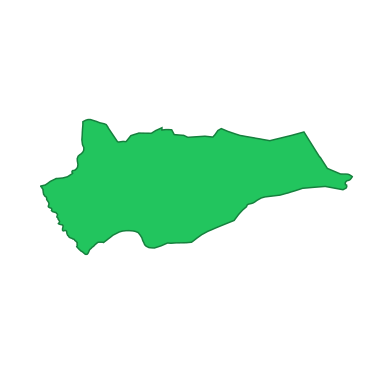 As Salafiyyah, Raymah, Yemen, rotated 113°
{"feature_id": "15242507B36893334490361", "entity_name": "As Salafiyyah", "entity_type": "district", "adm_level": 2, "iso_a3": "YEM", "parent_name": "Yemen", "parent_adm1": "Raymah", "projection": "mercator", "projection_center": [43.857, 14.695], "detail": "fine", "context": "isolated", "style": "filled", "palette": "green", "viewbox_px": 384, "rotation_deg": 113, "n_neighbors": 0, "source": "geoboundaries", "source_scale": "gbopen_adm2", "svg_char_len": 4754}
<svg xmlns="http://www.w3.org/2000/svg" viewBox="0 0 384 384"><g transform="rotate(113 192 192)"><path d="M128.2,51.7L126.7,51.6L125.2,52.4L125.3,53.6L124.9,53.7L124.0,54.5L122.5,54.4L121.5,54.0L120.8,53.4L120.2,52.5L119.6,51.9L118.6,51.2L117.1,50.8L115.8,50.5L115.2,50.5L114.9,51.9L114.6,53.8L114.7,55.4L115.4,57.4L116.2,59.3L117.4,62.3L117.4,76.6L113.6,82.2L110.4,86.9L110.2,87.1L109.9,87.6L109.9,88.2L105.2,95.0L93.0,112.4L101.0,122.5L111.8,137.0L114.2,140.2L114.4,140.5L116.2,148.3L116.4,149.4L117.7,154.7L117.8,155.5L119.9,164.3L120.4,166.7L121.2,170.0L121.4,172.6L121.6,174.5L121.8,177.6L121.9,178.1L121.9,178.8L122.0,179.8L122.0,180.2L122.2,182.4L122.2,185.4L122.2,189.8L125.3,192.2L130.5,193.3L133.3,194.3L135.6,201.9L143.3,217.2L143.1,221.8L143.6,223.2L146.0,230.4L146.1,230.8L142.7,235.0L143.6,237.6L144.8,240.5L146.7,243.9L146.3,244.1L144.6,244.8L146.8,246.8L149.6,249.4L153.9,252.4L154.5,254.0L156.1,257.9L158.6,264.1L159.2,264.7L161.2,267.1L161.7,267.7L164.0,270.3L171.2,272.3L171.6,272.8L172.3,275.1L174.7,279.1L174.8,279.3L174.7,280.4L165.8,294.1L165.1,294.8L163.5,297.3L163.5,299.5L164.3,303.9L164.3,304.1L164.4,308.0L164.5,308.7L165.0,313.8L166.0,316.1L167.4,317.8L169.9,319.9L171.4,319.3L172.3,318.9L172.8,318.7L177.4,317.2L177.6,317.1L179.9,316.3L180.9,315.9L182.8,315.2L185.7,314.2L187.1,313.7L187.6,313.4L191.2,311.3L193.4,308.9L193.5,308.8L194.8,308.4L195.7,308.0L197.4,308.0L197.5,308.0L199.9,308.8L201.6,309.9L203.5,310.8L206.1,310.7L208.0,309.8L208.7,309.4L209.1,309.1L211.3,307.7L211.8,307.6L214.1,307.0L216.5,307.7L217.7,308.4L218.5,309.4L218.8,310.1L219.7,310.5L220.6,310.3L221.3,309.2L221.9,309.4L222.7,309.9L226.5,312.5L227.6,313.8L227.9,314.3L228.4,314.9L229.5,316.3L231.9,320.7L232.7,322.4L233.4,322.9L235.1,324.4L235.9,325.1L237.5,326.5L240.4,328.2L242.7,329.7L242.8,329.7L245.6,333.5L246.1,333.3L246.2,332.8L246.2,332.2L246.7,331.8L247.1,331.5L247.4,331.0L247.7,330.4L247.9,330.0L248.6,329.9L249.1,329.5L249.7,329.2L250.6,328.7L251.4,328.1L251.9,327.9L252.2,327.5L252.6,326.8L253.0,326.4L253.4,325.5L253.4,324.8L253.6,324.3L254.4,323.4L255.6,322.9L255.9,322.6L256.2,322.1L256.6,321.5L257.0,320.8L257.4,320.2L258.0,319.7L258.5,319.1L259.3,318.9L260.1,318.8L260.9,318.8L261.7,318.5L261.9,318.0L262.1,317.0L262.0,316.4L262.0,315.7L262.0,315.0L262.4,314.5L263.0,314.2L263.3,314.2L263.9,314.2L264.2,313.6L264.5,312.8L264.5,311.8L264.3,311.1L264.3,310.7L264.3,310.2L264.1,309.8L264.0,309.3L264.3,308.8L264.7,308.3L264.8,307.7L265.0,307.2L265.4,306.9L266.0,306.8L266.3,306.8L266.9,306.8L267.7,306.7L268.0,306.4L268.2,305.6L268.5,305.1L269.1,304.8L269.5,304.4L269.8,303.8L270.2,303.1L270.7,302.5L271.1,302.3L272.0,302.3L272.7,302.4L273.2,302.7L273.4,302.5L273.4,302.3L273.4,302.0L273.4,301.0L273.1,299.1L272.9,298.7L273.0,298.2L273.3,297.7L273.8,297.4L275.0,297.0L276.1,296.9L277.2,296.5L277.8,296.2L278.1,295.6L277.9,294.8L277.3,294.3L277.0,293.9L276.9,293.2L276.9,292.6L277.2,292.1L277.9,291.6L279.1,290.9L279.3,290.7L279.7,290.3L280.1,289.9L280.5,289.5L280.6,289.2L280.6,288.7L280.8,288.5L280.9,288.4L281.3,287.9L281.6,287.3L281.7,286.6L281.7,285.8L281.6,284.4L281.6,284.2L281.8,283.6L281.8,283.1L281.6,282.5L281.7,281.8L282.0,281.4L282.3,281.0L282.7,279.6L283.0,278.9L283.3,278.3L283.4,277.9L283.7,277.7L284.5,277.6L284.9,277.5L285.5,276.9L285.9,276.7L286.0,276.7L286.6,276.7L287.1,276.9L287.7,276.2L288.0,275.4L288.6,274.1L289.1,273.0L289.3,272.1L289.7,271.3L289.8,270.0L290.0,269.2L290.1,268.6L290.4,268.0L290.7,266.8L291.0,266.1L290.9,265.4L290.7,264.9L290.3,264.3L290.1,264.1L289.8,264.0L289.1,263.8L287.8,263.7L287.0,263.7L286.4,263.7L285.7,263.7L285.2,263.7L284.6,263.5L284.1,263.2L283.0,262.7L281.8,262.3L280.5,261.4L278.7,260.8L276.9,259.9L275.2,259.0L274.6,258.1L273.2,254.8L273.1,254.1L273.1,253.7L272.6,253.4L271.8,253.0L270.5,252.2L270.4,252.2L269.6,251.7L267.0,250.3L266.9,250.2L265.5,249.4L264.0,248.6L262.5,247.8L259.2,245.0L257.2,243.3L255.1,240.7L254.1,238.9L253.4,237.7L252.1,234.7L251.0,231.5L250.6,229.8L250.4,228.3L250.4,226.6L250.4,225.6L251.9,222.9L253.7,220.3L256.1,218.2L257.5,216.5L259.0,215.0L259.8,213.1L260.0,209.9L259.1,207.1L258.2,204.7L255.8,201.9L254.9,200.9L253.7,199.5L248.5,194.6L247.4,191.4L245.2,187.1L244.7,186.0L244.0,184.4L241.0,177.6L238.4,172.8L236.4,171.6L232.4,169.4L227.8,166.6L227.5,166.5L227.1,166.1L222.4,162.4L222.0,162.0L221.9,162.0L219.4,159.5L216.4,156.7L211.1,151.5L206.4,146.8L201.7,142.1L194.3,140.3L193.9,140.1L193.7,140.1L188.9,138.4L188.5,138.2L184.3,136.1L182.6,136.2L181.2,135.4L179.5,133.0L178.2,131.5L176.6,130.3L174.1,128.8L170.4,125.9L168.0,122.9L160.5,109.8L156.1,104.3L155.5,103.4L153.7,101.4L152.8,100.3L151.0,98.1L147.2,93.7L145.4,91.7L139.4,80.4L134.8,71.5L131.0,54.3L130.9,53.9L128.2,51.7Z" fill="#22c55e" stroke="#15803d" stroke-width="1.5"/></g></svg>